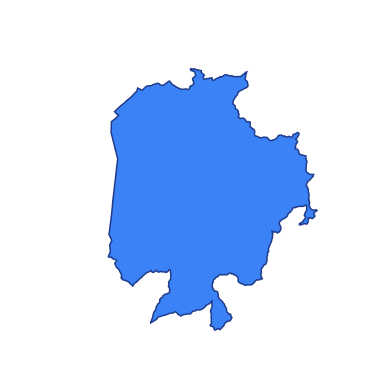 Morropon, Piura, Peru (Natural Earth projection), rotated 39°
{"feature_id": "86281439B77649611838615", "entity_name": "Morropon", "entity_type": "district", "adm_level": 2, "iso_a3": "PER", "parent_name": "Peru", "parent_adm1": "Piura", "projection": "natural_earth1", "projection_center": [-79.876, -5.271], "detail": "fine", "context": "isolated", "style": "filled", "palette": "blue", "viewbox_px": 384, "rotation_deg": 39, "n_neighbors": 0, "source": "geoboundaries", "source_scale": "gbopen_adm2", "svg_char_len": 6031}
<svg xmlns="http://www.w3.org/2000/svg" viewBox="0 0 384 384"><g transform="rotate(39 192 192)"><path d="M159.0,64.3L158.4,65.1L158.3,66.7L157.3,70.6L157.3,71.6L152.1,75.9L151.3,76.3L150.0,76.4L148.7,77.8L145.6,78.9L144.3,79.8L143.5,80.8L143.0,83.2L142.1,84.1L141.2,84.6L141.4,85.6L140.3,87.2L140.1,87.9L139.5,88.4L138.9,91.3L137.1,92.1L135.8,90.7L134.0,92.4L133.6,93.3L132.2,94.4L131.4,96.0L130.3,96.8L128.7,96.0L128.4,95.0L128.0,94.9L128.1,93.5L126.7,93.2L124.8,93.4L123.8,93.1L122.9,91.9L117.3,94.7L115.9,94.8L115.7,95.8L113.5,96.9L113.5,97.6L114.6,98.2L118.4,96.9L120.2,98.1L121.6,99.4L121.7,100.0L121.0,102.5L121.2,103.7L122.4,104.6L123.0,104.7L125.0,106.5L125.2,107.5L125.0,109.0L124.0,110.9L125.0,113.5L124.9,114.3L123.7,115.4L122.8,115.4L119.6,118.6L117.4,119.4L114.9,120.1L108.5,120.8L104.8,119.9L104.1,121.0L103.8,123.0L103.2,124.6L103.0,126.1L102.3,127.2L100.3,128.7L97.7,128.6L96.4,129.7L95.8,130.8L94.6,132.3L93.3,135.1L91.1,137.1L90.0,138.8L89.2,144.3L84.4,145.4L85.6,148.2L84.8,157.4L83.7,162.2L83.4,165.3L82.4,169.7L81.2,178.2L84.3,178.8L86.6,178.5L86.3,183.0L85.1,188.0L91.6,196.6L113.4,213.0L135.6,248.0L143.0,259.1L152.3,274.0L154.1,277.2L160.2,280.1L160.2,280.8L161.4,284.9L166.1,289.8L167.6,294.9L168.9,294.7L170.7,293.1L171.3,293.7L172.1,293.8L176.1,292.5L176.9,293.2L176.8,296.0L180.6,298.1L183.4,298.1L188.0,300.1L189.8,301.2L191.0,303.3L191.5,302.8L192.7,303.8L193.2,303.8L197.2,302.2L199.8,301.8L202.7,302.3L203.2,301.9L205.1,302.4L205.2,301.7L204.9,300.3L204.9,298.8L205.5,297.2L206.0,292.3L206.6,290.0L206.6,288.0L207.6,283.0L208.9,280.9L209.6,278.7L210.8,279.3L211.9,279.3L212.5,278.7L213.3,277.3L213.7,275.3L214.8,275.6L216.6,275.2L217.3,274.0L218.5,272.9L219.4,272.6L221.4,271.1L222.2,271.1L222.9,270.1L223.3,268.2L223.1,266.7L224.2,266.4L225.1,267.0L229.0,271.3L230.1,273.1L230.6,276.8L232.2,278.4L233.2,280.4L235.3,281.0L237.8,284.3L237.8,284.7L236.4,287.2L235.5,288.2L235.5,288.9L234.7,290.7L235.2,292.0L234.6,294.0L234.6,296.0L235.7,297.1L236.5,298.8L235.9,300.2L236.7,304.5L237.6,305.7L238.2,307.2L237.8,308.3L238.2,309.9L240.7,315.3L241.8,319.1L242.3,319.7L244.6,313.2L244.3,311.1L244.7,309.9L245.7,308.7L246.8,306.7L248.0,305.4L250.1,302.2L251.2,300.0L253.7,297.6L254.2,295.5L256.5,295.4L258.5,295.9L259.4,295.5L261.4,295.4L262.6,292.6L264.5,290.5L265.1,289.5L266.7,288.6L267.2,288.0L267.6,287.2L267.6,284.3L269.6,282.0L270.0,280.4L270.7,279.7L272.2,279.0L273.5,276.8L274.4,273.6L274.4,270.7L275.8,267.8L276.0,264.0L276.7,264.6L277.4,266.1L279.9,268.4L280.7,271.5L281.5,273.1L283.7,274.6L286.1,277.7L287.6,279.2L288.3,280.4L289.2,280.9L289.9,282.2L289.8,283.8L290.2,284.2L290.7,284.4L291.9,284.0L292.4,283.6L293.9,283.5L294.6,283.7L295.2,284.6L296.2,284.9L296.9,284.8L297.7,283.2L297.7,282.3L298.7,281.5L300.2,281.5L300.5,280.7L300.8,275.6L300.6,274.7L299.9,273.7L301.2,269.7L302.7,268.1L302.1,264.5L300.7,264.1L298.8,262.7L297.0,263.6L296.1,263.3L294.6,263.3L291.9,260.8L289.2,259.9L287.8,258.8L286.2,258.7L285.1,258.1L280.3,257.8L278.2,256.7L277.0,255.2L276.0,254.7L274.8,253.5L273.4,253.9L272.5,254.5L269.7,254.3L269.2,253.7L267.9,253.3L266.6,252.1L266.4,251.4L265.4,250.3L265.3,248.9L264.9,248.7L264.0,246.7L264.4,245.2L264.3,243.6L265.4,241.2L265.2,239.6L265.4,238.7L267.0,237.9L270.2,235.0L271.0,234.7L271.6,233.0L272.7,231.0L273.3,230.6L274.7,230.6L275.3,229.7L276.7,230.0L278.1,229.2L280.4,229.3L281.8,229.7L282.3,230.1L283.8,232.2L285.7,232.7L288.4,232.1L289.1,231.6L292.5,230.9L292.8,230.0L293.4,229.4L296.5,226.8L297.1,225.4L297.4,223.5L297.2,221.4L297.4,219.6L298.3,219.3L299.4,217.9L300.0,217.5L300.1,216.7L301.3,215.1L301.1,214.9L300.4,214.9L299.3,214.4L297.2,212.6L296.7,211.1L294.4,208.4L293.9,203.2L294.6,202.0L294.7,201.1L293.3,197.8L291.3,195.7L290.5,193.6L289.2,192.4L289.0,190.0L286.9,187.7L284.9,180.6L282.7,176.0L281.8,175.3L281.6,174.2L278.9,172.1L281.0,171.6L282.2,170.1L284.1,170.2L284.6,168.4L285.1,167.9L284.5,165.2L283.1,163.3L280.7,162.3L279.3,161.2L278.9,160.3L279.0,159.8L278.9,158.6L279.7,155.5L280.3,154.7L280.9,152.9L281.3,151.0L280.4,148.4L280.5,147.2L281.2,145.8L280.9,144.3L281.0,143.0L280.5,140.6L282.0,139.2L282.9,137.5L283.4,137.1L283.6,136.1L284.5,135.6L286.9,133.7L288.0,132.2L288.7,130.4L290.3,131.0L291.2,132.5L292.5,133.7L293.2,137.6L294.1,139.6L295.9,139.9L296.5,140.6L296.6,146.5L295.4,148.7L296.0,149.9L297.2,149.2L298.1,147.5L299.7,145.5L301.4,144.8L301.3,142.6L298.9,138.8L299.7,138.5L300.5,137.3L301.9,137.1L302.4,136.7L302.8,133.7L301.9,132.8L300.6,132.6L300.3,132.2L300.0,131.1L300.8,127.7L300.0,127.7L299.8,128.2L299.4,128.0L298.6,129.2L296.0,130.4L294.3,130.1L292.8,129.5L291.0,128.0L290.6,126.9L289.3,125.5L288.3,125.3L288.1,124.7L287.7,124.8L287.3,124.5L287.3,124.0L284.1,119.8L282.0,118.5L281.0,117.0L278.5,115.5L277.3,115.7L276.1,113.6L275.5,111.9L275.6,109.8L276.1,108.0L276.0,106.3L276.2,105.1L276.1,103.4L275.5,102.6L275.4,101.9L273.2,103.6L272.2,104.2L271.4,104.3L270.5,104.1L269.5,104.5L268.3,104.4L265.7,102.1L265.5,101.3L263.2,98.4L262.8,97.0L262.4,96.3L259.5,94.3L257.9,92.3L252.4,94.8L250.6,94.6L249.7,93.5L248.0,92.6L246.8,92.5L244.9,93.5L244.1,91.5L243.4,91.0L243.1,89.9L242.4,89.1L242.8,87.6L242.6,86.8L240.8,85.8L239.2,85.7L239.5,82.9L238.8,79.8L238.2,79.0L236.5,79.4L236.2,80.9L234.7,83.1L234.5,83.9L235.2,85.6L234.8,86.8L234.2,87.3L232.2,87.8L231.0,89.7L230.3,90.1L228.4,90.2L227.5,91.6L225.9,91.3L223.8,93.3L223.7,93.8L223.9,96.7L223.5,98.7L222.0,100.8L221.7,101.7L219.6,103.2L218.9,102.8L215.9,102.4L213.4,104.1L211.3,106.7L209.3,107.4L207.4,107.7L206.3,108.5L205.4,108.6L204.0,107.6L202.5,105.3L201.4,104.6L200.3,104.4L199.7,105.0L197.7,104.5L196.2,104.8L195.5,104.3L194.0,101.6L192.7,101.1L189.9,103.1L188.7,102.5L185.8,102.1L183.2,104.3L181.1,104.9L179.9,102.3L178.2,101.4L177.8,100.6L175.9,99.6L173.3,99.9L171.2,97.9L168.9,97.9L167.4,96.8L166.5,94.4L166.0,90.3L166.1,88.4L165.4,86.2L165.3,84.7L166.0,82.3L166.9,80.6L167.4,78.8L168.6,76.9L168.9,74.7L168.7,74.2L165.5,71.4L163.0,71.2L161.5,70.3L161.6,69.5L160.2,67.6L160.1,66.6L159.2,65.2L159.0,64.3Z" fill="#3b82f6" stroke="#1e3a8a" stroke-width="1.5"/></g></svg>